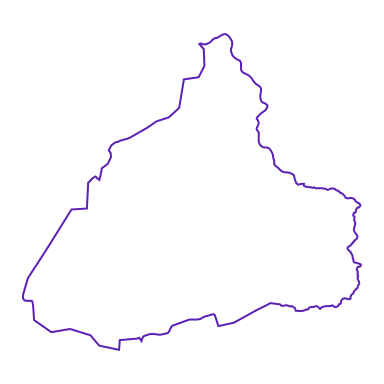 outline of Formosa do Rio Preto, Bahia, Brazil
{"feature_id": "56859067B17648013689335", "entity_name": "Formosa do Rio Preto", "entity_type": "district", "adm_level": 2, "iso_a3": "BRA", "parent_name": "Brazil", "parent_adm1": "Bahia", "projection": "orthographic", "projection_center": [-45.652, -10.857], "detail": "fine", "context": "isolated", "style": "outline", "palette": "violet", "viewbox_px": 384, "rotation_deg": 0, "n_neighbors": 0, "source": "geoboundaries", "source_scale": "gbopen_adm2", "svg_char_len": 5998}
<svg xmlns="http://www.w3.org/2000/svg" viewBox="0 0 384 384"><path d="M118.9,349.9L119.2,348.4L119.8,340.1L137.3,338.6L139.3,337.8L141.4,341.0L142.8,337.1L143.2,336.6L143.9,336.1L149.7,334.1L153.3,333.9L159.9,334.8L161.1,334.6L167.3,333.2L168.1,332.8L168.6,332.2L171.0,327.5L171.7,326.3L172.4,325.7L189.5,319.5L196.0,319.6L197.2,319.5L200.1,319.0L201.1,318.5L203.4,317.1L204.1,316.8L212.3,314.4L213.2,314.2L214.2,314.5L214.9,315.3L218.4,326.1L233.9,322.7L256.5,310.2L268.0,304.5L270.2,303.1L280.1,304.4L281.1,305.6L281.9,305.7L282.6,305.8L283.6,305.8L285.4,305.4L286.4,305.3L287.1,305.3L287.9,305.5L289.0,306.2L290.9,306.4L291.6,306.0L294.9,308.0L295.8,310.8L299.7,310.9L301.5,311.2L302.4,310.8L303.0,310.8L305.4,310.0L306.0,309.5L306.6,309.5L307.7,309.6L308.3,309.0L309.1,307.8L309.7,307.4L310.7,307.1L311.3,307.0L312.1,306.9L312.8,307.0L313.5,307.0L315.6,306.1L316.5,306.1L317.3,306.4L317.9,306.9L318.8,307.6L319.1,308.1L320.1,308.9L320.7,308.1L321.2,307.7L322.0,307.3L322.7,306.9L324.7,306.3L326.0,306.2L327.3,306.1L330.1,306.1L330.9,305.9L331.8,305.5L332.5,305.3L333.0,305.7L333.5,306.2L334.2,306.7L335.1,307.0L335.9,307.0L336.8,306.8L337.6,306.4L338.2,305.9L338.6,305.2L338.8,304.6L339.2,304.1L340.2,304.0L340.8,303.5L341.0,301.4L341.3,300.5L342.1,299.8L343.0,298.6L343.8,298.4L344.7,298.3L345.7,298.4L346.3,298.6L347.1,298.9L347.8,299.2L348.5,299.2L349.7,299.0L350.5,298.7L350.4,297.5L350.7,296.7L351.1,295.1L352.6,293.9L353.2,293.5L353.5,292.8L353.7,291.9L354.5,290.6L355.2,290.2L355.7,289.6L356.0,289.0L356.5,288.6L357.1,288.4L357.5,287.9L357.8,286.1L358.1,285.4L358.5,285.0L358.9,284.4L359.2,283.7L359.2,282.7L359.0,281.6L358.0,279.9L357.7,278.8L357.8,277.8L357.6,276.9L358.0,276.2L358.2,275.5L357.4,274.2L357.5,273.5L357.6,272.9L357.9,272.3L357.7,271.4L357.5,270.8L356.9,270.2L356.7,269.4L357.0,268.4L357.3,267.7L357.9,267.0L359.7,266.7L360.2,266.2L360.7,265.6L361.0,265.0L360.6,264.3L359.7,264.0L359.0,263.6L358.3,263.6L356.9,262.9L355.9,262.7L355.1,262.6L354.3,262.4L353.8,261.8L353.5,261.1L353.4,259.8L353.2,259.2L352.9,258.5L352.7,257.8L352.7,257.1L352.6,256.4L352.4,255.6L352.1,254.7L351.1,253.2L350.9,252.6L350.5,251.9L349.9,251.4L349.5,250.9L348.9,250.5L347.6,249.0L347.4,248.1L347.9,247.2L349.0,246.3L350.4,245.7L350.7,245.1L351.4,244.4L351.9,243.8L352.5,243.5L352.5,242.8L353.5,242.0L354.1,241.7L354.2,240.9L354.8,240.3L355.5,239.8L357.0,238.5L357.1,237.7L357.5,236.9L357.3,235.9L356.9,235.1L356.4,234.6L355.6,233.1L354.5,231.8L354.1,230.8L353.8,229.9L354.1,228.2L354.4,227.5L354.4,226.8L355.2,224.9L355.1,224.0L355.3,223.4L354.8,221.5L354.2,220.2L354.1,218.9L354.4,218.2L354.6,217.5L354.4,216.4L353.2,215.7L353.3,214.9L353.5,214.2L353.6,213.1L354.2,212.7L355.0,212.7L355.6,212.4L355.9,210.7L356.2,209.6L356.6,208.7L357.3,207.8L358.0,207.5L358.7,207.6L359.2,207.0L360.0,206.3L360.4,205.5L359.7,203.9L358.9,203.5L358.4,202.9L357.8,202.8L355.7,201.3L355.3,200.8L354.7,199.5L354.0,198.9L352.7,198.3L350.0,197.8L348.7,198.4L347.9,198.4L345.6,197.8L345.2,196.9L344.6,195.9L343.7,195.1L342.8,194.1L341.6,193.2L339.9,192.7L339.3,191.6L338.7,191.0L336.4,190.3L335.1,189.1L334.0,188.6L332.2,188.4L331.2,188.5L330.2,188.8L329.5,189.2L328.1,189.8L327.3,189.9L326.1,189.1L325.1,188.6L323.5,188.6L322.9,188.4L321.7,188.2L320.1,188.3L318.1,188.2L316.3,188.3L315.0,188.0L313.8,187.3L313.1,187.7L312.1,187.7L310.5,187.2L309.2,187.2L308.2,187.1L307.5,186.8L306.7,186.9L305.5,186.5L304.3,186.2L303.8,185.5L303.8,184.9L303.9,183.8L302.7,183.7L300.5,184.1L298.1,184.7L295.9,182.5L295.5,181.0L294.6,178.6L294.1,175.9L293.8,175.1L292.7,174.3L291.6,173.9L290.2,173.1L289.3,172.7L288.1,172.5L284.3,172.2L282.5,171.6L280.8,170.5L278.3,168.0L275.3,165.8L274.7,165.1L274.2,163.7L274.2,160.4L273.6,159.1L273.1,157.1L273.1,156.1L272.8,154.6L272.3,153.3L271.2,151.1L269.5,148.7L268.4,148.0L266.7,147.5L263.7,147.4L262.7,147.1L261.2,146.0L260.2,145.0L259.7,144.2L259.0,142.6L258.7,141.1L258.8,132.9L258.5,132.1L258.0,131.3L256.9,129.9L256.6,128.8L256.8,127.7L257.9,125.8L258.4,124.2L258.6,123.0L258.6,122.3L258.3,121.4L258.0,120.6L257.4,119.7L256.8,119.0L256.6,118.5L256.9,117.7L257.7,116.9L258.2,116.2L260.0,114.3L262.0,112.6L264.4,111.0L265.7,109.8L266.4,108.9L266.8,108.2L267.2,106.7L267.4,105.8L267.3,105.1L266.7,104.6L266.1,104.2L265.7,103.8L264.6,103.2L262.6,102.5L262.1,102.1L261.4,101.2L260.9,100.0L260.5,98.6L260.3,96.4L260.4,94.5L261.0,90.7L261.1,89.4L260.9,88.5L260.2,87.1L258.3,85.4L256.4,84.2L254.7,82.7L253.2,80.8L251.3,77.8L248.9,75.6L247.7,74.8L246.3,74.2L245.3,73.6L242.8,72.4L242.2,71.7L241.3,70.4L241.1,69.6L241.0,66.3L241.0,65.4L241.0,63.4L240.9,62.8L240.2,61.1L239.3,60.4L236.9,59.3L235.0,58.0L234.0,57.1L232.8,55.8L231.8,53.8L230.9,50.7L230.9,49.4L231.4,47.7L231.9,46.3L232.2,45.0L232.2,43.9L232.1,42.3L231.8,40.7L229.3,37.0L228.4,36.0L226.4,34.5L225.3,34.1L224.1,34.1L223.0,34.5L220.9,35.5L218.9,36.8L216.9,37.9L216.1,38.0L215.0,38.1L214.4,38.5L213.1,39.3L212.6,39.7L210.6,41.9L208.7,43.1L206.3,44.1L204.3,44.4L203.5,44.4L202.5,44.2L201.7,43.6L200.8,43.5L199.9,43.8L199.3,44.1L203.8,49.1L204.4,65.9L198.7,77.2L183.9,79.4L179.2,107.7L178.7,108.3L168.8,117.4L156.7,121.3L147.3,127.7L129.5,137.9L125.6,139.3L124.9,139.3L119.7,140.9L118.0,142.0L115.7,142.2L111.3,145.3L108.8,150.4L109.3,151.2L110.6,152.8L111.0,157.0L107.9,163.7L102.9,167.5L101.9,168.2L101.5,169.0L101.6,169.8L101.6,170.6L101.5,171.3L101.2,171.8L100.8,173.5L100.7,174.3L100.3,176.6L99.3,179.9L98.6,179.2L98.0,178.7L97.3,178.5L97.0,177.8L96.4,177.6L96.0,177.0L95.4,176.5L94.4,177.0L93.5,177.7L92.7,178.2L92.1,178.8L91.3,179.3L90.8,179.8L90.7,180.6L89.8,181.2L89.0,182.0L88.2,182.6L86.9,208.5L71.5,209.5L48.5,246.3L38.0,262.7L34.3,268.2L33.3,269.9L28.2,277.6L27.9,278.3L23.2,294.2L23.1,295.1L23.0,298.4L23.6,299.2L24.2,300.0L25.1,300.7L27.9,300.8L31.5,300.8L32.3,301.4L33.1,305.7L33.3,308.0L34.0,319.1L34.2,320.1L34.8,320.6L51.1,332.0L52.0,332.1L69.9,329.0L70.8,329.2L78.6,331.6L90.5,335.3L91.2,336.1L92.9,338.2L98.7,345.1L99.3,345.6L104.6,346.8L110.6,348.0L118.9,349.9Z" fill="none" stroke="#5b21b6" stroke-width="2"/></svg>